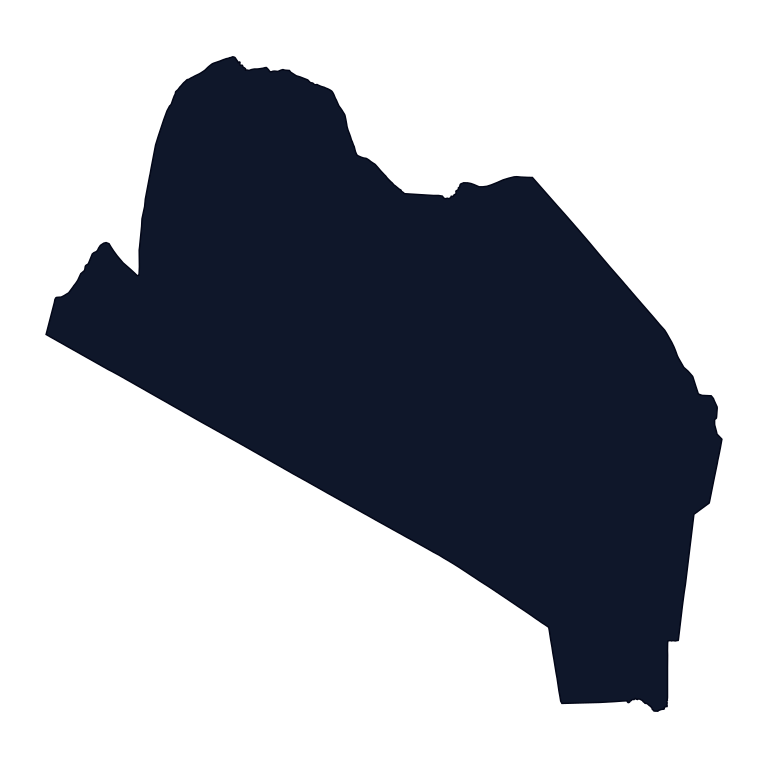 Kajiado South, Rift Valley, Kenya (Mercator projection)
{"feature_id": "3690345B92214929535535", "entity_name": "Kajiado South", "entity_type": "district", "adm_level": 2, "iso_a3": "KEN", "parent_name": "Kenya", "parent_adm1": "Rift Valley", "projection": "mercator", "projection_center": [37.518, -2.686], "detail": "fine", "context": "isolated", "style": "filled", "palette": "ink", "viewbox_px": 768, "rotation_deg": 0, "n_neighbors": 0, "source": "geoboundaries", "source_scale": "gbopen_adm2", "svg_char_len": 5971}
<svg xmlns="http://www.w3.org/2000/svg" viewBox="0 0 768 768"><path d="M46.1,334.5L108.5,369.7L111.3,371.1L118.9,375.2L200.9,421.8L242.0,444.7L254.3,451.7L294.0,474.3L304.7,480.2L329.7,494.3L374.0,519.0L376.2,520.3L388.0,526.8L393.7,530.0L399.7,533.3L407.4,537.6L411.7,539.9L432.4,551.5L433.0,551.9L439.1,555.1L443.9,558.1L451.7,562.7L458.3,566.8L465.3,571.4L480.4,581.4L488.6,586.6L501.6,595.3L519.2,607.2L527.6,612.8L536.3,618.9L539.0,620.7L541.5,622.5L545.1,624.8L548.7,627.3L549.3,630.6L550.8,640.4L552.0,647.2L552.9,653.4L554.0,659.7L556.1,672.8L557.1,678.3L559.0,691.2L560.0,696.7L560.7,701.1L561.9,703.4L599.9,702.4L614.5,701.6L622.7,701.0L626.9,700.8L627.3,701.7L628.0,702.5L628.6,702.6L629.1,702.4L629.6,702.0L630.1,701.2L630.8,700.6L631.3,700.5L631.8,699.7L632.6,699.5L634.1,699.5L634.6,698.9L635.2,698.4L635.7,698.7L636.1,699.1L636.6,699.2L637.3,699.5L637.8,699.1L638.3,699.1L638.9,698.8L640.4,699.4L641.8,700.2L642.6,700.5L642.8,701.1L643.2,701.6L644.6,702.7L644.9,703.2L645.6,703.4L646.2,703.4L646.9,703.5L648.0,704.3L649.3,705.5L650.5,706.3L650.9,706.8L651.8,707.7L652.0,708.2L652.2,709.1L653.4,710.3L654.0,711.0L655.4,711.1L656.3,711.1L657.6,711.2L658.3,710.9L658.9,710.2L659.7,710.1L660.1,709.8L660.7,709.7L661.5,709.4L663.6,709.2L664.3,708.8L664.2,708.1L664.4,707.3L666.1,706.5L666.9,706.6L667.2,706.1L667.1,705.5L666.7,704.7L667.1,704.0L666.9,703.5L667.2,702.9L666.8,702.5L666.9,701.6L666.9,700.9L667.4,700.2L667.2,699.7L667.4,698.7L667.5,697.3L667.5,668.5L667.6,655.1L667.5,650.4L667.6,643.5L667.8,641.2L668.4,640.8L669.9,640.6L670.4,640.6L671.5,640.9L672.9,640.6L674.4,640.8L675.9,640.9L676.4,640.5L676.9,640.6L678.2,640.4L678.4,639.6L682.3,606.6L684.2,592.2L685.4,584.5L686.6,574.6L693.2,520.2L693.9,514.3L709.2,503.0L709.7,500.8L714.3,477.7L717.3,463.2L717.7,460.7L718.8,455.6L720.4,447.6L721.9,439.2L717.0,434.1L716.4,431.4L714.7,425.0L714.6,423.2L714.6,420.4L714.7,419.5L715.9,418.6L716.4,418.0L716.6,416.6L716.8,413.7L717.2,408.3L717.1,406.9L714.2,400.6L713.5,398.7L712.6,397.5L711.2,395.8L702.2,395.4L700.4,394.8L698.3,393.9L697.7,392.0L695.7,385.9L693.8,379.9L692.9,377.0L692.5,376.2L688.1,371.2L683.8,367.4L678.4,358.0L677.3,355.7L675.5,350.7L674.1,347.2L671.7,342.2L669.1,337.7L666.8,333.6L664.7,330.2L659.4,324.3L654.1,318.0L636.8,298.1L633.2,293.9L632.3,292.9L629.8,289.9L628.5,288.5L626.8,286.4L625.1,284.5L623.1,282.1L610.0,267.1L598.8,253.9L589.7,243.0L578.7,230.2L565.2,214.7L556.9,205.4L532.4,177.5L527.7,177.4L521.0,177.1L516.8,176.7L514.0,176.9L508.7,178.2L503.1,179.9L497.5,182.4L491.3,184.9L486.9,186.3L482.8,186.8L479.1,186.8L474.0,184.6L470.9,183.5L467.7,182.9L463.5,182.8L463.1,183.1L462.6,183.2L462.0,183.5L461.2,183.7L460.3,184.4L460.0,185.2L459.6,187.1L458.8,187.5L458.4,187.9L458.4,188.7L458.1,189.5L457.6,190.1L456.2,190.8L455.9,191.3L456.1,193.0L455.8,193.9L455.4,194.3L454.5,194.6L453.9,195.1L453.7,195.8L453.4,196.3L452.6,196.4L451.9,196.2L451.1,196.4L451.0,197.2L450.5,197.8L449.0,198.6L448.5,198.6L447.7,198.3L447.0,198.3L445.7,198.7L445.0,198.6L444.5,198.5L443.4,197.6L442.9,197.1L442.8,196.6L442.3,196.1L438.6,195.5L433.6,195.5L404.6,193.7L402.7,192.1L402.0,191.7L401.5,191.3L401.0,190.2L400.5,189.8L399.3,189.2L395.2,185.8L394.0,185.0L392.0,182.7L390.9,181.8L388.3,179.2L387.0,177.8L385.5,175.8L384.4,174.8L380.6,170.7L377.8,167.4L375.4,164.7L374.7,164.1L373.4,163.3L370.7,161.5L368.9,160.0L366.5,158.5L365.7,158.3L363.6,158.0L361.2,157.2L358.0,155.8L356.7,154.7L356.3,153.6L355.6,152.1L355.1,150.3L354.2,146.6L353.4,144.9L352.3,141.8L351.5,140.1L351.0,138.5L350.5,136.8L349.4,133.7L348.1,130.4L347.1,126.9L346.8,125.3L346.7,124.4L345.8,119.4L345.4,117.5L345.1,116.0L344.9,115.3L344.6,114.5L341.9,110.1L341.0,108.8L339.4,106.6L338.8,105.7L337.9,103.7L337.1,101.9L336.4,100.2L335.3,98.2L333.9,94.7L333.5,93.9L332.7,92.4L331.8,91.2L330.4,90.2L328.7,89.3L328.1,89.0L327.2,88.6L325.8,88.1L324.2,87.3L321.7,86.6L319.9,85.9L317.7,84.9L317.0,84.5L316.1,84.7L315.4,84.8L314.8,84.7L313.8,84.1L313.2,83.4L312.5,83.0L310.8,82.7L310.3,82.5L309.8,82.1L307.7,79.9L300.0,76.9L296.3,75.8L290.7,72.2L289.4,70.5L285.2,70.2L283.9,69.9L283.0,69.6L282.4,69.7L280.8,70.2L278.2,71.3L277.5,71.4L274.8,71.1L273.1,71.2L272.4,71.4L271.7,71.7L270.8,71.8L270.3,71.8L269.9,71.5L269.4,71.0L268.5,69.7L266.8,67.9L266.2,67.5L264.9,67.7L262.7,68.3L261.8,68.4L260.5,68.6L258.5,68.9L257.3,69.0L255.4,69.0L254.5,69.0L251.8,69.5L251.0,69.7L250.2,70.1L249.4,70.3L248.9,70.4L248.1,70.3L247.4,70.1L245.6,70.2L245.7,69.3L245.4,68.7L244.3,67.8L243.5,67.4L243.0,67.0L242.5,65.6L242.1,65.2L240.4,65.3L240.0,64.8L239.8,64.1L240.0,62.5L239.7,62.0L239.1,62.0L238.7,62.5L238.0,62.6L237.7,62.0L237.6,61.4L237.3,60.9L236.2,59.4L235.5,58.2L234.9,57.5L234.1,57.1L232.9,56.8L232.3,56.9L231.5,57.3L230.6,57.6L229.7,57.7L228.3,58.3L226.2,58.7L224.6,59.3L223.9,59.5L222.3,60.1L219.9,61.1L213.7,63.2L212.3,63.8L211.2,64.6L209.3,66.1L207.8,67.4L205.2,70.0L203.7,71.1L200.6,73.1L199.2,73.9L194.8,76.0L192.8,77.1L191.1,77.9L189.0,79.2L188.4,79.4L187.3,79.6L186.8,79.9L185.3,81.4L184.0,82.5L183.3,83.2L181.0,85.9L179.9,87.0L178.0,89.6L175.9,91.5L175.6,92.0L175.3,93.6L175.1,94.3L174.2,96.0L173.0,99.2L171.5,103.6L170.8,104.9L170.2,105.5L169.6,106.0L167.0,110.9L163.8,119.6L158.4,135.9L155.6,144.9L151.0,169.0L150.1,174.2L149.8,175.4L145.3,199.2L145.1,201.6L144.6,206.7L143.5,211.7L142.0,218.8L141.6,226.5L139.6,246.8L139.2,250.0L139.4,266.8L139.1,273.6L138.9,274.6L138.7,275.3L137.8,275.6L136.9,275.4L134.7,273.2L130.8,269.6L123.0,262.8L117.1,255.8L113.6,251.0L111.1,247.2L109.0,243.7L106.1,242.6L103.7,243.2L100.4,245.4L98.6,248.1L97.7,250.1L96.4,251.6L93.9,252.7L92.3,254.0L88.7,262.9L88.0,264.1L87.3,264.6L86.6,264.9L86.2,265.2L85.5,265.9L85.2,266.8L85.0,268.3L84.8,269.4L84.3,270.7L80.8,273.7L79.5,276.5L77.9,280.0L77.1,281.3L75.6,283.5L73.7,285.9L73.0,287.0L69.0,292.4L68.6,292.9L68.1,293.2L66.9,293.9L64.0,295.7L61.6,296.9L61.1,297.1L56.7,297.4L56.0,297.7L55.6,298.2L55.2,299.0L54.9,299.6L54.4,302.4L46.1,334.5Z" fill="#0f172a" stroke="#020617" stroke-width="1.5"/></svg>